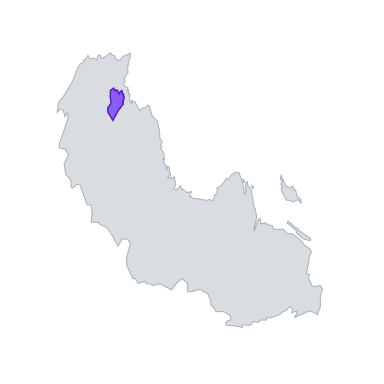 Boden, Norrbotten, Sweden (highlighted), rotated 281°
{"feature_id": "70781695B99694780009800", "entity_name": "Boden", "entity_type": "district", "adm_level": 2, "iso_a3": "SWE", "parent_name": "Sweden", "parent_adm1": "Norrbotten", "projection": "equal_earth", "projection_center": [21.596, 66.055], "detail": "fine", "context": "in_parent", "style": "filled", "palette": "violet", "viewbox_px": 384, "rotation_deg": 281, "n_neighbors": 0, "source": "geoboundaries", "source_scale": "gbopen_adm2", "svg_char_len": 5197}
<svg xmlns="http://www.w3.org/2000/svg" viewBox="0 0 384 384"><g transform="rotate(281 192 192)"><path d="M72.3,251.3L73.7,254.2L77.0,253.8L78.6,251.7L80.7,245.4L79.0,238.4L82.2,236.0L84.4,232.2L89.0,231.1L95.4,226.7L96.4,222.2L98.0,218.9L93.6,209.0L93.4,206.5L101.3,205.2L105.1,198.7L100.0,194.5L92.0,190.6L95.8,178.3L92.8,171.6L93.6,168.9L93.3,164.6L95.5,162.9L92.0,156.7L96.3,152.5L95.8,150.3L107.9,141.8L115.6,140.3L129.5,141.5L133.0,138.2L133.3,136.4L132.3,132.2L124.6,129.8L133.7,122.4L140.8,115.2L142.5,108.3L144.3,105.4L143.1,98.7L152.1,98.0L160.2,95.3L159.3,91.7L177.5,80.8L178.2,78.9L176.9,77.0L173.0,73.7L174.2,72.2L179.0,71.4L181.3,69.9L185.1,64.9L194.8,61.1L205.1,63.6L209.9,59.3L209.9,53.3L213.7,52.6L241.6,56.4L246.3,54.2L241.6,53.0L246.4,50.6L247.8,49.2L248.3,47.5L248.1,46.5L244.3,44.4L253.2,44.1L257.9,45.1L258.3,46.4L277.2,53.4L292.3,56.2L296.6,58.2L298.2,60.5L300.6,60.6L303.4,62.7L306.3,63.8L303.9,65.3L303.9,68.6L304.7,70.2L303.2,73.1L308.2,73.8L308.9,75.6L306.3,77.4L306.6,79.4L313.0,85.5L311.3,87.5L310.9,90.0L308.0,91.9L307.5,93.8L308.0,96.3L309.0,97.5L311.8,98.4L316.5,105.1L311.7,105.6L308.1,104.7L299.6,105.5L297.4,106.5L291.0,103.8L287.2,105.3L284.7,104.0L282.7,106.2L282.1,109.3L279.1,109.0L280.2,110.1L276.1,110.6L275.7,111.0L276.6,111.8L275.3,112.7L269.6,113.0L268.9,114.0L270.5,115.2L270.4,116.0L266.8,114.9L269.3,117.1L269.8,118.7L261.8,125.2L264.4,126.9L266.5,130.6L268.8,132.2L267.8,134.0L259.5,138.1L254.8,144.6L244.4,148.9L239.0,150.0L235.4,153.1L231.4,152.1L231.2,153.9L228.6,152.8L226.4,155.5L222.6,157.8L218.5,157.4L218.1,157.8L219.3,158.5L214.6,159.1L213.1,161.5L209.6,162.2L209.0,163.0L212.5,163.1L211.8,165.1L207.7,166.1L206.2,167.4L204.4,167.4L204.8,166.4L202.2,166.4L201.4,165.3L200.9,165.6L202.5,168.9L201.2,170.2L203.6,171.5L196.2,174.7L191.8,173.4L191.2,174.4L192.0,177.2L195.8,179.4L193.4,180.9L190.6,187.4L192.2,191.4L187.2,190.5L187.5,192.0L185.8,193.8L186.3,196.4L185.8,198.1L186.9,199.6L186.2,200.4L186.6,207.6L188.0,210.8L187.3,213.3L189.4,214.6L193.8,214.9L195.0,217.0L200.7,215.8L204.5,219.9L212.0,223.3L211.5,225.6L216.3,227.3L219.0,230.4L220.1,233.0L219.6,234.7L212.0,239.1L206.1,242.0L200.0,243.8L200.3,244.5L203.2,244.8L210.6,242.7L212.6,244.6L208.7,245.4L207.8,248.0L206.0,249.6L189.8,255.4L187.6,257.2L180.3,260.2L167.4,260.0L165.4,260.6L176.6,261.8L179.1,264.0L173.8,265.3L175.9,270.5L174.5,271.8L174.1,277.6L172.2,277.7L171.3,280.0L172.0,285.9L172.9,287.5L172.4,289.2L169.2,293.1L170.1,297.9L166.2,306.5L162.0,311.6L158.7,318.4L155.2,320.8L151.3,319.3L145.3,320.1L134.4,319.8L133.0,320.5L133.7,323.0L129.8,322.6L122.7,327.9L122.3,330.5L124.8,335.4L121.2,338.7L113.9,337.9L104.1,339.9L95.4,338.3L96.6,336.6L97.7,330.0L88.6,316.7L93.2,318.1L95.1,317.4L92.5,313.0L96.5,312.8L97.9,311.2L97.3,308.7L94.1,307.6L91.5,303.8L88.7,301.8L83.9,294.0L82.3,288.8L80.5,289.3L79.3,283.2L76.6,282.3L76.4,276.2L73.5,275.6L71.7,272.8L71.8,267.6L68.3,266.9L68.9,264.4L68.5,255.2L67.5,252.4L68.7,250.3L70.6,250.1L72.3,251.3ZM220.8,279.5L219.1,280.1L218.1,281.7L215.5,282.6L215.0,287.9L217.2,289.9L214.8,290.8L213.1,293.7L208.6,295.6L206.8,297.4L205.8,300.0L201.9,301.4L204.8,297.5L201.3,293.0L202.3,291.3L202.1,286.1L210.2,279.6L213.8,278.8L215.4,279.6L216.2,278.0L217.4,277.6L220.8,279.5ZM169.3,316.7L167.4,317.8L166.8,316.2L167.3,309.9L171.9,302.5L173.9,301.9L179.5,291.9L180.1,291.2L181.9,291.8L180.6,292.7L180.6,294.5L177.0,299.9L176.0,303.3L174.8,304.2L169.3,316.7ZM222.4,277.4L222.0,278.9L220.1,277.7L222.0,276.0L225.8,276.5L222.4,277.4ZM214.3,239.8L211.8,242.0L211.3,241.1L211.8,240.0L214.3,239.8ZM208.5,251.5L207.2,251.6L208.2,250.1L209.9,249.7L208.5,251.5Z" fill="#d9dde1" stroke="#a8b0b8" stroke-width="1"/><path d="M276.4,92.7L275.9,92.7L275.5,92.7L274.7,92.7L273.5,93.0L271.9,93.3L270.5,93.4L268.3,94.1L267.2,94.6L266.0,95.0L265.2,95.2L264.6,95.3L264.3,95.5L263.6,95.5L263.5,95.4L263.0,95.4L262.3,94.9L261.3,94.6L260.7,94.2L259.7,93.8L259.2,93.5L258.6,93.3L257.6,93.5L257.0,93.6L256.2,93.8L255.3,93.9L254.3,94.2L253.6,94.9L252.8,95.5L252.0,96.4L249.9,98.2L247.9,100.0L247.2,100.8L248.3,101.1L249.7,101.5L251.7,102.1L253.6,102.7L255.8,103.4L257.9,104.1L260.7,105.5L263.1,106.7L264.7,107.4L265.1,107.7L265.2,107.8L265.5,107.5L266.1,107.3L266.7,107.4L267.1,107.4L267.6,107.4L267.8,107.4L267.8,107.0L267.7,106.8L267.9,106.6L268.3,106.6L268.8,106.7L269.1,106.9L269.4,107.1L269.6,107.3L270.0,107.4L270.6,107.5L271.1,107.4L271.8,107.3L272.4,107.2L272.9,107.0L273.0,106.7L273.9,106.3L274.4,106.2L275.1,106.1L275.3,105.8L275.2,105.5L274.8,105.2L275.2,104.9L276.3,104.6L276.7,104.6L277.2,104.4L277.4,104.3L277.6,104.1L278.1,103.9L278.1,103.7L277.9,103.6L277.7,103.4L277.8,103.3L277.5,103.1L277.3,102.9L277.0,102.6L276.6,102.3L276.2,102.1L275.7,102.0L275.2,101.9L274.6,101.9L274.3,101.7L274.6,101.2L275.1,101.0L275.8,100.5L276.0,100.2L276.3,100.0L277.3,99.6L277.5,99.4L277.8,99.3L277.8,99.1L277.4,98.9L277.0,98.7L276.9,98.4L276.7,98.1L276.6,97.9L277.2,97.8L277.4,97.7L277.7,97.5L277.7,97.3L277.4,97.0L277.2,96.8L277.5,96.4L277.8,96.2L278.1,96.1L278.2,95.9L278.3,95.7L278.6,95.7L279.2,95.6L279.5,95.5L279.4,95.5L278.7,94.9L277.7,94.1L277.4,93.7L277.2,93.5L276.8,93.2L276.4,93.0L276.4,92.7Z" fill="#8b5cf6" stroke="#5b21b6" stroke-width="1.5"/></g></svg>